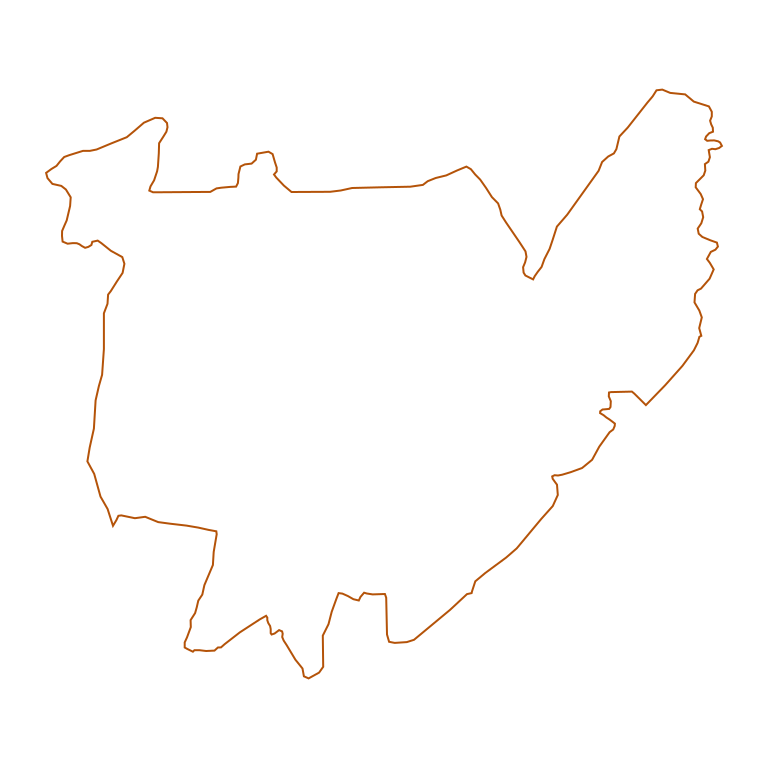 the district of Sauce, Canelones, Uruguay
{"feature_id": "84410073B43433365311667", "entity_name": "Sauce", "entity_type": "district", "adm_level": 2, "iso_a3": "URY", "parent_name": "Uruguay", "parent_adm1": "Canelones", "projection": "natural_earth1", "projection_center": [-56.056, -34.624], "detail": "fine", "context": "isolated", "style": "outline", "palette": "amber", "viewbox_px": 768, "rotation_deg": 0, "n_neighbors": 0, "source": "geoboundaries", "source_scale": "gbopen_adm2", "svg_char_len": 3986}
<svg xmlns="http://www.w3.org/2000/svg" viewBox="0 0 768 768"><path d="M701.3,335.8L699.2,328.1L701.8,317.4L699.3,310.5L694.5,302.4L695.1,293.9L697.6,290.3L701.0,288.6L709.6,278.7L713.7,269.4L709.8,262.8L706.9,259.0L710.8,251.9L715.4,249.7L717.9,246.6L716.9,242.6L710.4,240.3L702.4,237.0L698.7,233.7L697.7,228.6L701.3,223.3L703.2,217.2L702.1,211.5L699.8,209.2L701.2,204.6L703.0,199.2L700.7,194.0L695.7,187.3L695.9,183.1L703.7,175.3L705.3,170.6L704.9,164.1L708.4,161.7L709.9,157.2L709.2,153.2L708.7,150.1L712.0,148.8L715.4,149.2L719.1,148.0L721.9,145.9L720.1,142.5L718.1,141.3L714.2,140.4L710.3,140.5L707.2,140.8L705.1,139.2L706.1,136.5L709.2,133.2L713.0,131.7L712.8,127.7L711.2,124.4L710.1,120.7L711.8,116.4L711.8,111.8L708.9,106.4L693.8,101.6L685.2,94.4L670.2,92.9L662.3,89.6L656.5,90.3L652.7,96.3L647.4,102.6L627.7,127.6L619.4,136.5L617.8,143.2L616.4,149.1L613.9,153.4L608.2,156.5L602.1,162.0L598.6,170.8L567.2,214.7L556.9,226.6L552.7,239.7L549.6,248.9L544.4,259.1L541.6,266.9L537.7,271.9L534.7,276.2L533.1,279.4L525.4,275.5L523.6,272.6L523.1,267.2L525.1,262.4L526.5,256.9L525.5,251.4L519.5,242.2L506.0,222.4L501.6,215.5L500.3,209.7L498.1,203.4L491.9,197.1L486.1,188.0L480.2,179.6L475.2,174.5L470.9,169.2L466.4,166.6L457.0,170.5L446.3,175.4L435.7,178.0L427.7,181.2L422.9,184.9L410.3,186.7L380.8,187.3L352.1,188.0L340.7,190.5L330.1,191.8L291.5,192.0L283.9,185.6L276.2,177.5L274.0,174.5L276.7,171.4L276.7,167.5L275.0,162.4L273.9,158.6L272.6,154.1L268.5,151.7L257.1,153.7L255.9,159.7L251.6,163.6L244.8,164.4L240.4,166.5L238.5,174.1L238.4,177.5L237.9,183.1L236.1,186.6L230.1,186.9L221.3,187.7L216.5,188.4L210.3,191.9L153.1,192.3L149.3,190.6L150.5,186.4L154.1,180.3L157.1,171.3L157.9,166.9L158.8,153.4L159.1,143.2L163.3,136.7L166.4,131.7L167.5,127.2L167.0,123.0L162.5,118.3L155.2,117.8L143.9,122.7L134.4,130.9L126.8,137.2L111.3,143.4L96.6,149.5L89.7,150.9L82.9,150.9L69.4,155.1L64.2,157.0L60.1,161.4L56.5,165.9L51.4,169.0L46.1,172.9L47.5,178.1L52.4,183.9L61.3,185.9L65.9,189.5L70.7,197.3L70.1,206.0L66.7,220.4L64.4,225.6L62.1,231.0L62.0,235.9L62.6,241.6L67.6,243.7L72.9,243.1L76.8,243.2L79.5,244.3L81.8,246.0L85.1,247.8L88.3,246.9L91.4,245.0L92.3,241.8L97.7,240.6L101.3,243.1L105.8,246.7L110.9,250.8L122.3,257.1L124.4,263.8L122.6,272.9L116.8,281.6L110.8,291.1L108.1,294.6L107.5,303.8L103.9,313.3L103.9,349.0L102.1,374.8L98.9,386.0L95.6,400.4L93.9,428.6L89.7,447.5L87.4,461.4L94.2,473.9L100.5,496.6L107.6,509.0L113.0,525.8L116.4,520.1L118.4,515.8L121.3,515.4L134.9,518.2L145.2,516.8L158.2,522.1L170.1,523.7L186.5,525.6L198.3,527.6L208.6,529.9L216.3,531.3L216.7,534.2L213.7,551.9L212.9,565.0L204.4,585.1L202.3,594.6L198.3,600.6L196.7,607.5L195.1,613.1L190.6,620.1L190.8,627.1L187.0,637.4L184.7,642.4L184.7,647.5L187.4,649.0L192.9,651.7L194.4,650.2L199.5,650.2L206.1,651.0L214.5,650.6L217.9,647.5L221.0,647.4L224.6,644.2L239.8,632.4L259.6,619.5L266.1,615.8L267.3,617.6L267.3,620.2L268.3,623.1L270.1,626.0L270.7,629.1L270.7,633.2L271.6,634.5L274.6,633.5L279.1,630.1L282.1,631.4L282.7,633.8L282.2,637.0L283.7,640.6L286.7,645.2L295.4,659.7L302.5,668.5L303.9,676.3L308.6,678.4L313.1,675.9L319.1,672.6L323.2,666.8L322.8,635.6L328.5,624.2L331.7,611.8L336.4,598.8L338.6,593.1L342.4,593.6L348.0,596.1L353.4,599.2L358.8,600.5L360.5,596.9L364.1,592.7L366.8,593.5L372.6,594.4L384.9,594.0L386.2,597.7L387.0,634.5L389.1,641.8L394.7,642.9L406.8,642.1L414.0,639.8L450.0,609.9L467.0,594.1L471.6,593.1L472.1,591.1L475.3,581.3L485.4,572.9L506.1,557.6L516.7,548.4L541.2,519.0L552.8,506.0L557.8,495.0L557.0,484.7L555.0,482.0L552.7,478.8L552.2,476.4L554.6,475.2L558.0,475.5L562.2,474.7L570.6,472.2L582.1,468.0L592.1,459.8L599.3,446.6L609.6,432.2L613.2,429.5L614.7,426.0L614.9,423.6L611.9,421.3L609.5,419.5L606.4,417.5L603.6,415.2L600.1,413.1L600.2,411.3L602.5,409.5L605.0,409.3L609.2,408.9L610.5,407.0L610.8,401.2L608.8,396.4L609.0,392.5L611.0,392.1L631.9,391.6L634.2,393.5L645.9,405.1L665.2,385.2L682.4,365.9L693.9,350.3L697.6,342.9L699.4,336.8L701.3,335.8Z" fill="none" stroke="#b45309" stroke-width="2"/></svg>